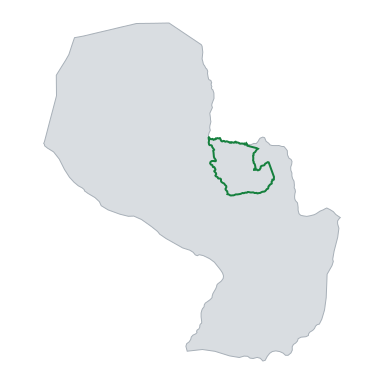 location of Concepción within Paraguay
{"feature_id": "PRY-603", "entity_name": "Concepción", "entity_type": "Department", "adm_level": 1, "iso_a3": "PRY", "parent_name": "Paraguay", "parent_adm1": "", "projection": "robinson", "projection_center": [-57.042, -22.793], "detail": "fine", "context": "in_parent", "style": "outline", "palette": "green", "viewbox_px": 384, "rotation_deg": 0, "n_neighbors": 0, "source": "natural_earth", "source_scale": "10m", "svg_char_len": 7833}
<svg xmlns="http://www.w3.org/2000/svg" viewBox="0 0 384 384"><path d="M202.1,58.9L202.9,61.9L203.4,64.2L204.6,65.8L205.7,68.0L206.9,69.2L207.7,71.2L207.5,73.5L208.0,76.5L208.6,79.1L209.2,79.8L210.8,80.4L211.7,82.8L211.1,83.9L211.3,85.3L211.9,86.6L211.4,87.9L211.7,88.9L212.8,89.8L213.9,93.0L214.0,98.5L212.8,101.5L211.9,104.0L211.7,105.4L212.4,107.6L211.2,110.2L209.8,113.3L210.1,115.4L210.4,117.5L210.5,119.6L210.9,121.7L210.4,123.8L209.9,125.7L209.7,127.9L210.3,130.3L209.2,132.6L208.7,134.2L208.4,135.9L209.5,138.4L212.2,139.5L214.3,139.8L216.3,138.4L217.8,138.0L220.6,139.2L223.2,141.4L226.4,141.7L229.3,142.1L231.6,142.7L234.8,141.9L238.2,142.7L242.2,144.0L245.5,145.0L248.7,144.8L251.2,144.6L253.8,143.4L256.2,143.6L258.1,141.4L259.1,139.5L260.1,138.2L262.8,137.1L264.6,137.7L266.1,141.3L268.8,143.3L269.9,144.8L271.9,145.5L276.2,145.6L278.9,145.5L281.9,146.5L283.9,146.5L285.6,148.4L287.3,150.7L287.5,154.9L289.0,158.2L291.0,159.4L292.0,161.4L291.7,164.2L290.7,167.1L290.8,170.2L291.9,173.0L291.9,175.9L292.6,178.7L294.0,181.1L294.4,185.1L294.2,187.9L295.1,189.5L295.4,191.8L294.9,193.7L294.6,196.3L294.7,198.6L295.4,200.5L297.5,202.9L298.1,207.2L298.1,210.2L299.0,213.7L300.7,215.3L303.5,215.9L306.8,216.4L310.8,215.6L314.2,214.7L316.2,213.7L320.1,211.1L323.5,209.7L325.2,208.7L326.8,208.0L330.2,209.7L333.4,211.7L335.8,214.5L340.3,217.6L339.4,218.4L337.6,220.9L337.6,223.9L338.9,228.2L337.7,237.3L334.1,251.2L332.7,259.2L333.3,261.5L332.0,265.6L327.1,274.3L326.9,280.1L326.2,297.7L324.5,310.1L321.8,319.2L319.3,324.1L317.1,324.7L315.5,326.2L314.5,328.5L312.7,330.4L310.0,332.0L308.6,333.7L308.4,335.5L305.9,336.7L301.0,337.2L298.2,338.7L297.4,341.1L295.7,343.0L293.4,344.5L292.2,346.8L292.3,350.1L291.0,352.9L288.1,355.3L285.5,355.3L283.1,353.1L279.8,351.6L275.8,350.9L272.4,351.5L269.7,353.3L267.3,356.3L265.2,360.3L262.9,361.0L260.3,358.3L257.1,357.4L253.1,358.5L250.0,358.1L247.7,356.3L244.1,356.1L239.3,357.5L229.6,355.9L214.9,351.3L202.4,349.5L187.2,351.2L185.9,346.3L186.7,343.7L189.2,341.8L190.7,339.5L191.3,337.0L193.0,335.1L195.8,333.8L197.0,332.5L196.6,331.2L197.2,330.0L198.8,329.0L199.7,327.3L199.9,325.1L200.5,324.0L201.6,323.2L201.7,321.7L201.1,316.9L201.1,313.0L201.9,310.0L202.8,308.2L203.5,307.7L204.1,306.6L204.3,304.8L205.3,303.1L210.2,299.6L212.0,297.7L212.2,296.0L212.9,293.6L215.8,288.6L216.7,286.3L216.8,285.1L217.8,283.8L221.3,281.1L223.2,278.4L223.5,275.9L222.6,273.1L220.6,270.0L214.4,262.2L209.5,258.6L203.3,255.6L199.2,254.7L197.3,255.7L195.3,254.9L193.2,252.3L189.8,250.2L182.6,247.9L166.3,238.7L159.8,234.3L157.6,231.5L151.5,226.6L141.5,219.5L133.8,216.1L128.4,216.3L119.9,214.2L108.1,209.9L101.2,205.7L99.4,201.7L95.0,197.6L88.1,193.5L84.5,190.9L84.2,189.6L82.2,187.9L78.3,185.8L74.1,182.3L69.5,177.3L64.5,169.5L59.2,159.0L53.6,151.9L47.6,148.2L44.6,145.8L44.6,144.6L43.7,143.5L44.5,141.5L46.6,133.5L49.6,121.9L52.8,109.9L56.5,95.8L56.4,85.8L56.3,75.2L61.7,66.5L65.6,60.3L68.9,54.5L72.2,44.4L74.5,37.7L83.2,36.1L97.9,32.6L105.2,30.9L120.7,27.2L136.5,23.5L153.0,23.3L169.0,23.0L181.5,31.4L190.9,37.7L201.4,44.8L202.1,46.3L202.8,52.2L202.1,58.9Z" fill="#d9dde1" stroke="#a8b0b8" stroke-width="1"/><path d="M208.9,137.3L209.3,137.6L209.6,138.3L210.0,138.8L211.2,139.2L211.6,139.2L212.2,139.0L212.5,138.9L212.8,139.1L213.3,139.7L213.4,139.8L213.9,139.7L214.4,139.2L214.8,139.2L215.2,139.3L215.4,139.3L215.9,139.0L215.8,138.7L215.9,138.4L216.1,138.4L216.4,138.5L216.5,138.5L217.2,138.2L217.7,138.2L218.2,138.4L218.9,138.4L219.3,138.3L219.6,138.1L219.8,138.1L220.1,138.2L220.7,139.9L221.1,140.7L221.6,141.2L222.2,141.4L223.0,141.2L223.3,141.1L223.5,141.0L223.7,140.9L224.1,141.0L224.4,141.1L225.2,141.7L226.6,141.3L226.9,141.3L227.6,141.6L228.0,141.7L228.5,141.9L229.7,142.7L229.9,142.7L230.0,142.4L230.3,142.5L230.8,142.8L231.2,142.8L231.4,142.6L231.5,142.4L231.5,142.2L232.1,142.3L233.7,142.7L234.3,142.6L235.2,141.8L235.7,141.7L235.8,141.8L236.0,142.4L236.2,142.7L236.5,142.7L236.8,142.6L237.0,142.4L237.8,142.5L238.9,142.9L239.2,143.1L239.2,143.3L239.4,143.5L240.0,143.6L240.4,143.7L240.7,143.6L241.1,143.5L242.3,143.6L242.9,143.5L243.7,143.8L244.1,143.8L244.5,143.6L244.5,144.2L244.6,144.4L244.9,144.3L245.3,144.3L245.9,144.7L246.3,144.7L246.6,143.6L247.1,144.3L247.4,145.3L247.5,145.8L248.3,145.9L248.8,145.8L249.1,146.2L256.6,148.1L258.0,148.8L257.9,148.9L257.0,149.4L256.8,149.5L255.3,151.8L255.1,152.1L253.9,152.9L253.8,153.1L253.6,153.3L253.5,153.6L253.5,153.8L253.6,154.7L253.6,155.0L253.5,155.3L253.1,155.5L253.1,155.8L253.1,156.0L253.2,156.9L253.3,157.1L253.2,157.9L253.3,158.6L253.3,159.1L253.2,159.5L253.1,159.8L253.1,160.3L253.1,160.7L253.3,161.0L253.6,161.4L253.7,161.7L253.7,162.0L253.6,162.6L253.7,162.9L253.8,163.1L254.0,163.2L254.2,163.4L254.4,163.7L254.7,164.2L255.0,165.0L255.3,166.6L255.5,167.4L255.5,167.8L255.3,168.1L254.5,168.6L254.3,168.9L254.1,169.2L254.0,169.7L254.0,169.9L254.4,169.9L254.9,169.9L255.5,169.8L255.9,169.7L256.1,169.4L256.3,169.3L256.5,169.3L256.8,169.5L257.1,169.9L257.3,170.1L257.5,170.2L257.7,170.3L258.0,170.3L258.4,170.2L259.0,169.9L259.4,169.8L259.6,169.7L260.0,168.9L260.4,168.4L260.5,168.2L260.7,167.2L260.7,166.9L260.9,166.6L260.9,166.4L261.2,166.2L261.5,166.0L261.6,165.9L261.8,165.8L263.7,165.4L263.9,165.4L264.2,165.2L264.4,165.1L264.5,164.9L264.7,164.6L265.1,163.8L265.3,163.6L265.6,163.4L266.2,163.2L266.3,163.1L266.5,163.0L267.4,162.3L267.6,162.2L267.9,162.1L268.1,162.2L268.7,162.4L268.8,162.6L268.9,162.9L274.0,177.0L273.9,177.7L273.9,179.1L273.9,179.4L273.8,179.6L273.7,179.7L273.5,179.8L273.3,179.8L273.1,179.8L272.7,179.6L272.4,179.6L272.3,179.8L272.3,180.1L272.3,180.3L272.4,180.7L272.3,180.9L272.2,181.0L271.9,181.2L271.8,181.4L271.7,181.6L271.6,181.8L271.6,182.1L271.6,182.5L271.8,183.0L271.8,183.4L271.7,183.6L270.2,184.5L269.9,184.7L269.8,184.9L269.6,185.0L269.4,185.6L269.2,185.7L268.9,185.9L268.8,186.1L268.7,186.2L268.5,186.4L268.5,186.6L268.4,186.8L268.3,187.8L268.2,188.2L268.2,188.3L268.1,188.5L267.9,188.7L266.7,189.2L266.3,189.8L266.0,190.3L265.5,190.7L265.1,191.2L264.2,191.6L263.7,191.7L263.2,191.6L261.8,192.0L260.2,192.9L260.0,193.0L259.6,193.0L259.1,193.0L258.0,193.3L257.5,193.4L257.1,193.3L256.9,193.0L256.6,192.9L256.2,192.9L255.3,193.0L254.8,193.0L254.5,193.0L253.6,192.5L253.3,192.4L252.8,192.4L250.7,192.5L248.9,192.1L248.1,192.0L247.8,192.0L247.5,192.1L247.2,192.4L247.0,192.6L246.8,192.6L246.5,192.7L245.6,192.6L245.2,192.7L244.7,192.8L244.1,193.1L243.8,193.2L243.6,193.2L243.3,193.1L243.0,193.0L242.7,193.0L242.4,193.0L242.2,193.1L241.9,193.3L241.6,193.5L240.1,194.0L237.6,194.4L235.9,194.4L235.5,194.5L235.3,194.6L234.7,194.9L234.0,195.2L233.6,195.3L233.3,195.3L233.2,195.3L230.9,195.5L230.7,195.4L230.3,195.3L230.1,195.3L229.2,194.7L228.9,194.5L228.4,194.4L227.5,194.2L227.7,193.8L227.7,193.5L227.5,193.1L227.3,191.9L227.3,191.6L227.2,191.3L226.7,190.9L226.4,190.5L225.8,189.9L225.6,189.5L225.5,188.9L225.6,188.6L225.8,188.3L226.1,187.8L226.3,187.4L226.3,187.1L226.3,186.2L226.2,186.0L225.6,185.4L225.2,185.1L224.4,183.9L224.1,183.5L223.8,183.4L222.5,182.7L221.8,182.2L221.2,181.6L221.0,180.9L221.0,180.1L221.0,179.4L220.7,178.9L220.0,178.5L218.6,178.5L218.1,178.3L217.8,177.5L217.5,177.1L215.9,176.3L215.4,175.7L216.2,174.1L216.0,173.2L215.5,172.6L214.3,171.4L214.3,171.0L214.6,170.6L215.1,170.3L215.4,169.8L215.4,169.4L215.3,169.0L214.9,168.5L214.7,167.7L214.3,167.2L214.0,167.0L213.2,167.1L212.9,166.9L212.7,166.5L212.5,165.5L212.3,165.1L212.0,164.9L211.2,164.7L210.8,164.5L210.1,163.2L210.5,162.0L211.6,161.1L213.2,160.9L214.8,161.2L215.6,161.2L215.9,160.8L215.7,159.9L215.3,159.2L214.4,158.1L213.9,156.8L213.5,152.2L213.3,151.2L213.2,150.8L213.4,150.5L214.1,149.8L213.9,149.4L212.3,147.2L211.9,145.8L211.6,145.4L210.9,145.2L210.0,145.2L209.5,145.0L209.1,144.5L208.9,143.5L208.7,142.6L209.1,140.0L208.8,139.4L208.6,137.7L208.9,137.3L208.9,137.3Z" fill="none" stroke="#15803d" stroke-width="2"/></svg>